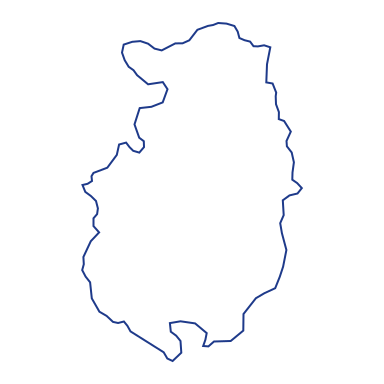 map outline of Pazardzhik (Robinson projection)
{"feature_id": "BGR-2234", "entity_name": "Pazardzhik", "entity_type": "Province", "adm_level": 1, "iso_a3": "BGR", "parent_name": "Bulgaria", "parent_adm1": "", "projection": "robinson", "projection_center": [24.121, 42.158], "detail": "fine", "context": "isolated", "style": "outline", "palette": "blue", "viewbox_px": 384, "rotation_deg": 0, "n_neighbors": 0, "source": "natural_earth", "source_scale": "10m", "svg_char_len": 1521}
<svg xmlns="http://www.w3.org/2000/svg" viewBox="0 0 384 384"><path d="M270.3,47.3L267.0,64.3L266.3,82.4L272.6,83.5L276.2,92.6L275.7,96.2L276.0,104.2L278.9,112.1L278.8,119.1L284.1,121.0L290.8,131.6L286.5,141.0L286.9,146.3L291.7,152.5L293.9,162.3L292.5,172.5L292.3,179.7L297.2,183.1L301.8,188.1L297.5,193.5L289.5,195.4L282.8,200.3L283.7,215.1L280.2,223.2L281.9,233.1L286.4,250.0L283.1,266.7L279.8,276.7L275.2,288.2L264.4,293.2L255.9,298.2L243.5,314.0L243.3,330.6L230.7,341.0L214.0,341.5L208.4,346.4L203.2,346.0L205.4,339.7L206.7,333.1L195.1,323.4L180.5,321.3L169.9,323.1L170.8,331.7L176.2,335.7L180.5,341.0L181.3,352.7L172.6,361.0L167.3,358.5L163.7,352.3L130.5,331.4L127.4,325.8L123.9,321.5L118.1,323.0L113.0,321.9L106.6,315.9L99.4,311.7L91.8,298.4L90.1,282.3L85.6,276.6L82.2,270.1L83.8,264.2L83.4,257.0L90.8,241.2L99.1,232.4L93.5,226.1L93.5,218.3L97.1,214.1L97.9,208.4L96.0,201.0L90.9,196.0L85.3,191.9L82.5,185.0L87.6,183.8L92.0,181.0L91.5,176.2L93.5,172.9L107.3,167.7L116.8,154.9L119.1,144.5L126.1,142.6L129.5,147.1L133.2,150.8L139.3,152.6L144.0,147.1L143.8,141.2L139.2,137.7L134.5,124.4L139.7,108.1L151.4,106.8L162.7,102.4L167.5,89.2L162.8,82.1L148.1,84.3L137.1,75.2L133.5,70.2L128.7,66.8L124.7,60.2L122.0,52.6L123.7,44.6L132.3,41.8L140.4,41.1L148.1,43.7L154.5,48.6L161.7,50.4L175.3,43.4L182.6,43.3L189.3,40.3L197.4,29.8L208.0,25.9L213.1,25.0L218.2,23.0L226.5,23.6L234.4,26.0L237.7,31.6L239.4,38.0L244.5,40.2L250.1,41.6L253.5,46.2L257.9,46.4L264.1,45.3L270.3,47.3Z" fill="none" stroke="#1e3a8a" stroke-width="2"/></svg>